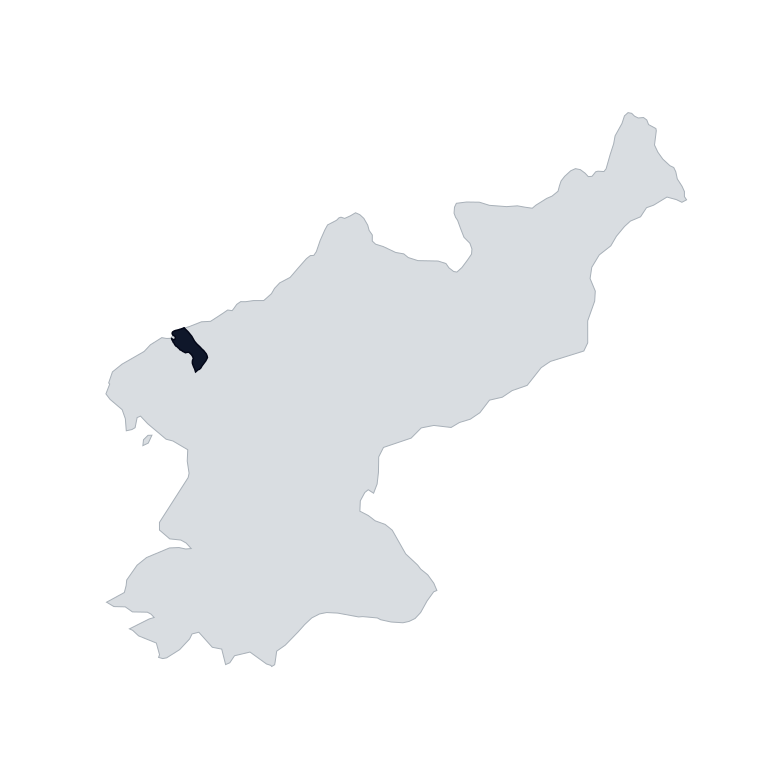 location of Changsong, P'yŏngan-bukto, North Korea, rotated 8°
{"feature_id": "82179303B23970649452661", "entity_name": "Changsong", "entity_type": "district", "adm_level": 2, "iso_a3": "PRK", "parent_name": "North Korea", "parent_adm1": "P'yŏngan-bukto", "projection": "equal_earth", "projection_center": [125.074, 40.388], "detail": "fine", "context": "in_parent", "style": "filled", "palette": "ink", "viewbox_px": 768, "rotation_deg": 8, "n_neighbors": 0, "source": "geoboundaries", "source_scale": "gbopen_adm2", "svg_char_len": 5357}
<svg xmlns="http://www.w3.org/2000/svg" viewBox="0 0 768 768"><g transform="rotate(8 384 384)"><path d="M465.1,581.1L462.1,582.9L456.9,592.7L452.1,605.2L447.4,611.9L441.9,615.6L436.0,617.8L424.2,618.7L413.5,617.9L410.0,616.6L395.3,617.3L391.2,618.2L370.1,617.3L359.0,618.3L352.1,620.7L345.0,625.7L338.9,633.3L333.5,641.4L322.6,656.3L314.9,663.5L314.9,674.0L314.8,677.2L312.1,679.4L311.1,678.4L306.6,677.6L288.6,668.1L273.8,673.9L270.1,681.5L266.2,683.9L260.2,669.1L250.6,668.6L235.2,655.6L228.7,658.2L227.0,663.5L218.6,675.5L206.9,685.4L203.1,686.7L198.8,686.1L199.4,683.3L194.6,672.2L176.1,667.6L169.4,662.9L166.0,661.9L184.1,649.4L188.9,647.2L185.3,644.3L181.4,642.9L166.6,644.7L158.8,640.7L147.5,642.0L139.6,638.7L155.9,626.6L156.7,619.4L156.5,613.9L164.7,597.8L173.0,588.9L194.4,576.2L203.7,574.5L210.5,575.0L216.0,573.8L210.2,569.0L204.5,566.8L193.4,567.2L182.0,559.9L180.9,552.3L203.1,503.9L203.4,499.5L199.9,487.8L198.8,476.4L182.9,469.8L175.9,469.0L155.5,456.2L147.4,449.7L144.2,451.6L143.6,461.9L140.7,464.2L135.3,466.2L132.7,454.4L128.3,445.9L114.8,437.3L110.0,432.5L112.4,422.2L111.2,421.3L113.4,409.8L121.7,400.9L142.0,385.1L147.2,377.7L157.5,369.0L162.1,369.2L166.8,368.4L168.3,364.6L169.4,361.6L173.5,358.9L183.4,354.1L194.6,347.8L203.5,346.1L214.4,336.6L218.9,332.5L223.4,332.5L224.6,330.5L227.1,325.6L230.6,322.4L235.4,321.8L243.3,319.5L253.3,318.1L260.0,310.2L262.3,304.5L266.7,298.3L276.2,291.5L282.6,281.5L289.8,270.6L293.2,267.1L296.6,266.4L298.6,262.3L300.8,250.8L304.0,239.6L306.0,234.3L314.2,228.5L316.3,225.7L318.2,224.8L322.0,225.5L327.2,222.2L332.0,218.4L336.5,219.7L341.0,222.8L345.8,229.0L347.9,234.0L351.7,238.1L352.5,244.1L356.2,246.7L364.1,248.0L377.2,252.1L385.5,252.4L390.4,255.4L400.4,257.1L420.4,254.7L428.6,256.1L432.1,259.9L437.3,262.9L440.6,263.0L444.9,257.9L449.5,249.5L452.6,243.2L452.3,238.1L449.5,232.7L442.8,227.6L438.4,219.8L434.1,211.7L431.7,209.0L429.6,205.1L429.2,199.1L430.5,195.0L440.4,192.3L453.2,190.7L463.5,192.4L480.7,191.3L491.3,189.0L499.1,189.3L506.4,189.3L509.5,185.8L519.4,177.5L524.2,174.6L529.5,168.9L530.2,163.1L531.1,158.3L534.0,153.2L539.2,146.9L543.6,144.1L548.6,144.4L553.9,147.3L557.4,150.2L561.1,149.4L564.1,144.4L566.2,143.5L572.2,143.0L574.0,140.0L576.0,125.5L578.0,114.1L578.3,106.1L583.4,92.9L584.8,85.0L587.9,81.3L591.6,81.5L594.8,83.9L598.7,85.2L603.9,84.0L607.5,86.0L609.9,90.3L617.7,93.2L618.4,95.3L618.6,109.7L623.0,116.4L628.8,122.5L636.7,128.0L640.8,129.3L643.4,133.2L645.9,140.1L651.6,146.7L654.7,151.6L655.4,156.6L658.0,159.5L653.7,162.6L647.8,160.7L638.2,159.5L626.1,169.4L619.4,172.9L614.8,182.7L605.3,188.4L600.2,194.6L593.6,205.3L589.4,215.6L579.2,226.2L573.5,239.5L573.4,250.9L580.3,262.6L581.1,272.6L576.9,293.1L580.0,314.9L577.3,323.5L545.6,338.5L537.4,345.9L526.0,365.4L511.8,372.7L503.0,380.6L490.7,385.3L483.0,399.0L474.4,406.8L464.1,411.6L456.5,417.7L439.1,418.1L427.0,422.3L418.4,433.8L392.3,446.9L388.9,456.9L390.8,472.2L391.1,484.0L388.9,493.6L383.1,490.9L380.1,494.1L376.8,503.0L377.8,513.3L386.9,516.5L394.3,520.7L404.7,522.9L412.5,527.6L429.1,549.2L442.6,558.7L446.1,562.2L453.9,566.9L461.1,574.4L465.1,581.1ZM158.8,475.3L153.8,478.6L153.6,472.7L157.4,467.7L161.3,467.0L158.8,475.3Z" fill="#d9dde1" stroke="#a8b0b8" stroke-width="1"/><path d="M178.3,356.1L178.2,356.1L178.0,356.3L177.9,356.3L177.7,356.5L177.4,356.6L177.3,356.8L177.2,356.8L176.9,357.0L176.7,357.1L176.4,357.2L176.3,357.3L176.2,357.4L176.0,357.5L175.9,357.5L175.7,357.6L175.4,357.7L175.3,357.8L175.2,357.9L175.0,358.0L174.9,358.0L174.7,358.1L174.3,358.2L174.2,358.3L173.9,358.4L173.8,358.5L173.7,358.5L173.4,358.7L173.2,358.8L172.9,358.9L172.8,359.0L172.7,359.0L172.4,359.1L172.2,359.2L172.0,359.3L171.9,359.3L171.7,359.4L171.6,359.5L171.4,359.5L171.2,359.6L170.9,359.7L170.8,359.8L170.7,359.8L170.4,359.9L170.3,360.0L170.2,360.0L169.9,360.1L169.7,360.3L169.4,360.4L169.2,360.5L168.9,360.7L168.8,360.8L168.7,360.8L168.6,361.0L168.4,361.1L168.2,361.3L167.9,361.5L167.7,361.6L167.6,361.8L167.4,362.0L167.3,362.3L167.2,362.4L167.2,362.5L167.3,362.7L167.2,362.8L167.2,363.0L167.2,363.3L167.2,363.5L167.3,363.5L167.3,363.8L167.5,364.0L167.7,364.3L167.8,364.4L167.8,364.5L168.0,364.7L168.0,364.8L168.3,365.0L168.5,365.1L168.8,365.2L168.9,365.3L169.0,365.3L169.3,365.4L169.4,365.5L169.6,365.5L169.8,365.6L170.0,365.7L170.2,365.8L170.3,365.9L170.4,366.0L170.5,366.0L170.6,366.3L170.7,366.5L170.8,366.7L170.8,366.8L170.9,367.0L170.9,367.3L170.9,367.5L170.9,367.8L170.9,368.0L170.8,368.3L170.8,368.5L170.7,368.6L170.6,368.8L170.4,369.0L170.2,369.1L169.9,369.2L169.8,369.3L169.7,369.3L169.4,369.4L169.2,369.4L168.9,369.3L168.7,369.3L168.7,369.2L168.4,369.1L168.2,369.0L168.2,368.9L167.9,368.8L167.7,368.7L167.4,368.6L167.5,369.1L168.1,370.0L168.9,371.0L169.2,371.6L169.7,372.3L170.6,372.9L171.1,373.9L172.0,374.8L172.8,375.5L173.9,375.8L175.1,376.8L176.2,377.4L177.0,378.4L179.0,379.0L180.1,379.7L182.1,380.3L182.7,380.6L183.0,380.7L184.7,380.0L186.4,379.7L187.8,380.7L189.2,381.7L190.3,382.9L191.7,385.2L191.1,387.1L191.1,388.4L191.3,390.0L191.9,391.3L193.3,393.8L194.4,395.4L195.7,398.3L196.6,397.4L197.5,396.1L199.2,395.1L200.4,393.6L201.3,391.3L202.2,389.7L203.4,387.5L204.3,385.9L205.5,382.4L204.9,380.8L203.8,378.9L202.4,377.6L200.8,376.0L198.8,374.7L196.5,372.8L193.2,370.5L190.4,368.0L187.0,363.5L182.8,359.6L179.8,357.4L178.3,356.1Z" fill="#0f172a" stroke="#020617" stroke-width="1.5"/></g></svg>